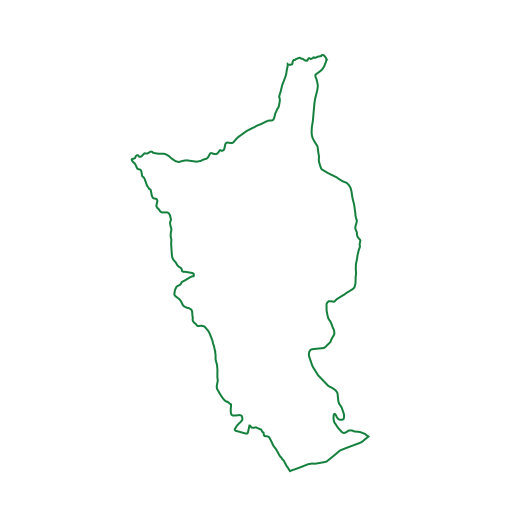 Newala, Mtwara, United Republic of Tanzania, rotated 8°
{"feature_id": "72390352B96178710336492", "entity_name": "Newala", "entity_type": "district", "adm_level": 2, "iso_a3": "TZA", "parent_name": "United Republic of Tanzania", "parent_adm1": "Mtwara", "projection": "albers", "projection_center": [39.269, -10.7], "detail": "fine", "context": "isolated", "style": "outline", "palette": "green", "viewbox_px": 512, "rotation_deg": 8, "n_neighbors": 0, "source": "geoboundaries", "source_scale": "gbopen_adm2", "svg_char_len": 6089}
<svg xmlns="http://www.w3.org/2000/svg" viewBox="0 0 512 512"><g transform="rotate(8 256 256)"><path d="M260.7,61.7L260.9,64.2L260.6,67.7L260.6,71.2L260.3,73.7L259.0,79.7L258.2,82.8L257.5,90.0L256.9,93.3L256.8,95.3L257.7,97.1L258.0,99.2L257.8,104.0L257.5,105.9L256.6,107.6L255.2,112.4L254.9,116.2L254.5,117.8L253.8,119.0L252.8,119.6L250.3,120.0L249.3,120.3L247.4,121.4L242.4,124.8L238.8,126.8L236.0,129.0L235.0,129.5L229.5,133.4L221.7,140.8L220.1,142.9L217.8,146.6L217.1,147.2L215.5,147.7L214.1,147.6L212.1,147.6L210.9,148.0L210.3,148.9L209.9,150.5L209.8,153.5L209.6,154.7L209.2,155.6L207.8,156.6L207.4,156.6L206.0,156.1L205.6,156.3L205.1,156.9L204.7,158.0L203.9,159.2L202.9,160.4L201.8,160.7L200.5,160.8L197.6,160.3L196.6,160.6L196.2,161.1L195.0,164.5L194.2,165.8L193.3,166.6L190.3,167.9L188.1,169.5L184.7,170.7L183.2,170.9L174.7,170.9L173.1,171.1L170.3,172.0L166.6,173.6L165.2,173.6L163.0,173.2L161.1,172.3L158.3,170.9L156.0,169.2L153.7,168.3L151.9,167.7L150.2,167.6L145.3,168.3L139.9,168.2L138.9,167.4L137.5,167.2L136.7,167.6L134.6,169.3L133.9,169.7L133.1,169.8L131.2,169.9L130.1,171.3L129.2,172.7L128.4,173.5L127.4,173.9L126.6,174.0L125.5,172.9L124.8,172.7L124.0,172.9L123.4,173.4L123.1,174.0L122.5,175.9L122.2,176.1L121.1,176.8L120.0,177.0L119.5,177.6L119.9,178.7L121.0,179.9L122.9,181.2L123.6,181.8L126.3,186.0L127.0,186.3L129.2,186.6L130.0,187.1L130.6,187.9L132.1,192.6L132.5,193.0L133.7,193.7L134.7,194.7L137.9,200.7L138.7,201.9L141.0,204.5L142.2,204.9L142.6,205.5L144.4,210.6L145.0,211.7L145.8,212.7L146.5,213.1L149.5,213.4L150.4,214.4L150.7,215.5L150.3,220.1L150.7,221.0L151.4,221.9L153.4,223.4L154.7,224.9L156.1,225.8L157.3,225.9L160.3,225.4L162.3,225.2L162.9,225.4L163.9,226.1L165.0,227.4L166.4,230.9L166.7,231.8L166.6,232.9L166.2,234.8L166.9,237.5L168.3,240.7L168.6,241.9L168.4,244.5L168.7,248.3L169.2,249.8L169.9,251.4L170.2,255.4L171.8,263.2L172.5,266.4L173.3,269.1L174.4,270.8L175.5,272.0L177.1,273.2L179.5,276.2L181.0,277.3L183.5,278.5L184.3,279.6L184.8,281.1L185.6,281.6L186.4,281.7L188.6,281.5L195.1,281.7L196.0,281.9L196.7,282.2L197.2,284.3L196.9,284.8L195.9,284.9L194.0,286.0L188.8,290.2L187.2,291.3L186.2,292.1L185.2,294.6L184.5,295.3L182.6,296.5L181.6,297.5L180.6,300.5L180.4,302.6L180.5,305.6L181.1,306.4L182.3,307.3L185.8,309.2L187.9,311.1L189.9,314.1L190.8,315.2L192.1,316.0L193.2,316.4L195.7,317.0L196.5,316.9L199.0,317.9L199.9,318.7L200.5,320.0L201.3,323.8L201.8,325.2L202.1,326.3L202.0,327.2L202.2,328.3L202.7,329.3L203.8,330.4L205.8,331.7L207.7,333.4L208.8,333.4L211.8,332.6L214.4,332.9L215.3,333.4L219.2,336.9L220.9,339.2L224.7,346.0L225.6,348.6L226.9,351.0L228.1,354.4L228.8,355.8L228.7,355.9L229.9,360.4L230.2,363.2L230.7,365.0L232.4,368.9L232.9,370.7L233.6,373.8L234.7,382.0L235.1,382.9L235.5,385.3L235.2,390.2L235.6,392.1L235.9,393.0L240.8,399.2L243.6,402.1L245.7,403.8L247.9,404.5L248.2,404.3L250.8,406.0L251.9,406.4L252.2,408.3L252.2,410.6L252.8,414.4L253.3,415.7L253.9,416.6L254.7,417.0L255.6,417.2L259.6,416.4L261.9,415.8L262.9,415.9L263.6,416.1L264.2,416.5L264.6,417.3L265.2,419.1L265.3,419.8L265.1,420.5L263.7,422.7L262.7,423.9L260.7,426.7L259.1,430.4L259.2,431.1L259.7,431.6L260.5,432.0L263.5,432.3L270.0,433.2L271.4,433.2L272.2,432.8L272.6,431.6L273.1,424.8L273.6,424.8L274.2,425.3L274.7,425.9L275.6,426.5L277.4,426.5L279.8,425.7L284.2,427.0L285.4,427.2L286.3,428.8L286.9,429.4L288.0,429.8L288.9,432.5L289.5,433.1L291.9,433.0L293.6,433.3L294.5,433.9L297.9,438.8L299.7,441.6L302.5,444.3L304.9,447.3L306.6,449.7L307.9,451.2L309.3,452.2L310.1,453.3L312.1,454.9L315.5,459.7L317.0,461.2L319.6,464.3L322.2,462.7L323.3,462.3L329.3,459.1L336.6,454.9L340.5,453.7L342.5,453.6L344.0,453.3L351.8,450.8L354.4,449.8L359.9,444.0L365.9,437.3L366.6,436.7L371.8,433.7L385.1,426.5L386.8,425.3L392.5,419.1L389.8,417.8L389.1,417.2L386.2,416.4L383.6,415.9L381.9,415.8L379.7,416.0L377.5,416.0L375.2,415.4L372.4,415.8L371.4,416.5L370.4,417.5L368.5,418.8L367.4,419.0L366.3,418.8L365.4,418.3L361.2,414.8L356.8,409.9L356.2,408.7L355.5,406.7L355.2,404.7L355.1,402.2L355.5,401.6L356.4,401.6L357.3,402.5L358.6,404.6L360.5,406.2L362.1,406.5L364.2,406.1L365.1,405.6L365.4,405.2L365.6,403.1L365.5,402.3L365.3,401.1L364.8,399.8L361.9,394.1L360.3,392.2L359.2,391.1L357.8,388.6L355.9,380.9L355.5,380.0L353.8,378.2L351.7,376.9L348.9,375.7L346.4,374.9L345.3,374.3L334.0,365.4L327.6,357.7L326.7,356.2L322.3,347.5L322.0,345.2L322.1,343.5L322.7,342.0L323.2,341.3L324.1,340.7L326.1,340.1L335.9,337.7L336.6,337.2L338.0,335.7L338.7,334.6L340.9,331.9L341.8,330.5L342.0,328.8L342.4,327.9L342.7,326.7L344.2,323.4L344.4,322.3L344.1,320.3L343.7,319.0L343.0,317.6L342.2,316.6L340.1,312.6L338.8,310.5L337.2,308.9L336.0,307.2L335.2,305.2L333.5,300.2L332.5,293.7L333.2,292.0L334.3,290.7L337.0,290.4L339.6,290.4L340.2,289.9L341.8,287.7L346.5,283.7L348.7,282.0L350.7,280.0L356.4,275.3L357.8,273.5L358.3,269.6L358.2,268.1L357.6,262.9L357.6,260.9L357.4,258.4L356.7,255.7L356.1,250.4L356.5,243.8L356.4,241.4L356.9,236.1L357.6,232.7L357.6,232.0L357.1,230.6L357.0,229.6L357.2,226.3L356.9,225.6L354.7,223.7L353.8,222.7L352.8,220.0L352.7,218.9L352.4,218.1L351.6,217.1L350.5,214.8L350.3,213.3L351.0,208.4L350.8,206.3L350.1,205.3L348.9,202.2L348.4,199.7L346.0,191.4L343.5,185.3L341.4,178.2L340.7,176.9L340.4,175.8L338.4,173.2L336.4,171.5L335.4,170.9L331.9,170.1L330.5,169.6L326.7,167.9L325.0,166.9L315.7,163.9L309.0,161.0L308.2,160.0L307.1,158.0L305.1,153.5L304.6,150.6L304.7,149.2L303.6,145.9L301.8,139.4L301.5,138.7L297.6,134.1L295.5,131.0L294.6,128.9L293.9,126.1L293.4,121.2L293.5,114.2L292.6,96.5L292.7,91.6L293.6,83.4L293.6,79.0L292.9,76.6L291.2,72.3L289.8,70.0L289.7,68.1L294.1,63.8L295.6,62.0L297.1,58.8L298.3,53.7L298.4,52.4L298.3,51.7L298.7,51.6L297.5,49.9L295.6,48.0L294.3,47.7L293.5,47.8L292.9,48.2L292.7,49.0L291.5,49.3L290.5,49.7L289.6,49.9L287.0,51.6L285.6,51.2L285.2,51.4L284.6,52.3L282.8,53.3L281.4,52.7L281.0,52.7L280.4,53.3L279.8,54.5L279.6,55.3L279.3,55.6L277.7,55.6L274.8,54.3L272.9,54.1L272.0,53.6L271.2,53.8L268.4,55.3L267.3,56.4L266.4,56.6L265.7,57.1L265.2,58.9L265.3,60.3L265.1,61.1L263.0,62.0L262.3,61.8L261.1,62.0L260.7,61.7Z" fill="none" stroke="#15803d" stroke-width="2"/></g></svg>